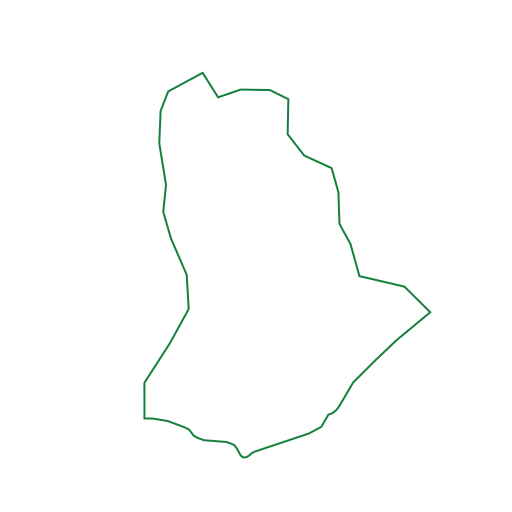 SVG path tracing the border of Androy, rotated 344°
{"feature_id": "MDG-5864", "entity_name": "Androy", "entity_type": "Autonomous Province", "adm_level": 1, "iso_a3": "MDG", "parent_name": "Madagascar", "parent_adm1": "", "projection": "orthographic", "projection_center": [45.412, -24.742], "detail": "fine", "context": "isolated", "style": "outline", "palette": "green", "viewbox_px": 512, "rotation_deg": 344, "n_neighbors": 0, "source": "natural_earth", "source_scale": "10m", "svg_char_len": 773}
<svg xmlns="http://www.w3.org/2000/svg" viewBox="0 0 512 512"><g transform="rotate(344 256 256)"><path d="M408.0,358.1L368.0,375.6L342.7,388.8L314.5,404.4L294.3,423.6L290.5,426.4L286.3,428.1L281.8,428.5L271.7,438.2L257.8,441.2L200.7,443.7L197.6,444.4L194.7,445.8L191.6,446.8L188.2,446.1L186.3,443.6L184.4,435.1L182.7,431.4L176.5,426.7L155.1,418.7L149.1,414.2L146.4,411.2L143.9,404.5L140.5,401.3L125.6,390.3L112.0,383.8L104.0,381.4L113.8,347.1L149.0,316.3L176.7,288.4L184.2,254.9L179.1,215.9L179.0,188.0L189.1,162.9L194.1,121.0L204.3,90.3L217.0,73.6L255.2,65.2L263.3,93.0L287.1,91.8L315.1,100.3L330.3,114.2L320.0,147.7L330.1,172.8L352.9,192.4L352.8,217.5L345.1,248.1L350.1,270.5L349.9,303.9L390.3,326.4L408.0,358.1Z" fill="none" stroke="#15803d" stroke-width="2"/></g></svg>